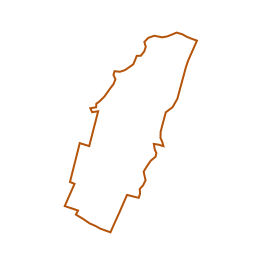 Santa Clara do Sul, Rio Grande do Sul, Brazil (Albers equal-area conic projection), rotated 106°
{"feature_id": "56859067B9129320229569", "entity_name": "Santa Clara do Sul", "entity_type": "district", "adm_level": 2, "iso_a3": "BRA", "parent_name": "Brazil", "parent_adm1": "Rio Grande do Sul", "projection": "albers", "projection_center": [-52.138, -29.454], "detail": "fine", "context": "isolated", "style": "outline", "palette": "amber", "viewbox_px": 256, "rotation_deg": 106, "n_neighbors": 0, "source": "geoboundaries", "source_scale": "gbopen_adm2", "svg_char_len": 1011}
<svg xmlns="http://www.w3.org/2000/svg" viewBox="0 0 256 256"><g transform="rotate(106 128 128)"><path d="M227.9,145.7L230.3,138.5L231.1,132.4L232.4,126.7L233.1,116.1L229.4,115.6L220.9,114.4L210.9,112.9L201.6,111.7L192.6,110.5L192.2,98.5L187.9,98.3L183.4,99.9L178.9,97.7L173.4,96.7L168.7,99.3L165.7,100.9L162.5,100.1L158.4,98.9L153.1,97.1L148.1,93.6L144.3,93.8L141.5,96.2L136.2,98.8L135.6,94.1L135.7,89.0L132.5,90.8L128.7,94.0L122.6,95.6L114.0,95.8L102.5,96.0L95.7,90.9L86.4,88.6L53.9,89.1L46.9,88.8L25.0,85.8L24.7,91.1L24.1,96.7L22.9,101.9L22.9,107.6L25.9,111.3L29.0,115.3L31.4,120.0L31.7,123.8L32.1,128.2L35.7,133.3L40.8,136.0L45.0,133.3L49.8,133.5L55.0,135.6L56.3,139.5L60.6,139.9L65.4,140.5L73.2,146.9L76.2,151.3L77.1,156.6L81.0,156.6L84.6,153.5L90.0,154.1L94.2,155.8L104.4,159.4L110.3,162.7L113.3,165.1L116.9,164.4L119.4,169.7L122.7,166.8L120.1,161.3L156.1,160.3L155.8,170.2L195.9,168.9L196.4,164.0L220.5,167.3L221.1,153.3L225.6,154.2L227.9,145.7Z" fill="none" stroke="#b45309" stroke-width="2"/></g></svg>